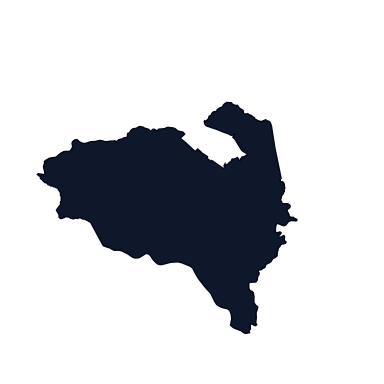 Altos Del Rosario, Bolívar, Colombia, rotated 219°
{"feature_id": "7082276B5966279744772", "entity_name": "Altos Del Rosario", "entity_type": "district", "adm_level": 2, "iso_a3": "COL", "parent_name": "Colombia", "parent_adm1": "Bolívar", "projection": "mercator", "projection_center": [-74.186, 8.744], "detail": "fine", "context": "isolated", "style": "filled", "palette": "ink", "viewbox_px": 384, "rotation_deg": 219, "n_neighbors": 0, "source": "geoboundaries", "source_scale": "gbopen_adm2", "svg_char_len": 6002}
<svg xmlns="http://www.w3.org/2000/svg" viewBox="0 0 384 384"><g transform="rotate(219 192 192)"><path d="M211.3,287.9L212.2,286.8L214.4,286.0L215.9,285.7L217.7,286.1L218.3,285.7L218.7,284.9L219.1,284.9L219.9,284.5L220.3,283.7L221.2,283.6L221.0,282.7L221.9,282.2L221.8,281.5L222.1,281.2L222.3,279.2L222.0,278.4L222.1,276.8L222.4,276.0L223.1,275.4L223.9,272.8L224.3,272.0L223.8,271.2L223.7,270.3L224.5,268.8L225.0,268.7L225.5,268.1L225.9,266.9L226.0,265.2L225.4,264.4L225.4,264.0L226.2,261.8L225.9,260.4L225.1,258.8L225.6,257.8L225.4,257.1L226.0,255.6L226.4,255.3L226.9,255.4L227.0,254.8L225.3,253.2L224.7,252.8L223.3,252.5L222.1,252.6L212.5,256.2L206.2,258.1L199.5,260.4L197.5,260.6L196.8,261.2L195.2,263.7L194.8,260.4L191.5,260.0L181.4,256.3L179.7,255.8L178.7,255.7L174.2,256.3L172.5,256.4L172.5,255.4L173.2,254.0L173.5,252.5L174.0,252.1L174.5,251.1L174.8,251.0L175.2,250.4L174.9,249.7L175.0,248.4L174.5,247.3L174.4,246.5L175.8,246.2L176.6,246.9L177.1,247.1L177.5,246.9L177.9,247.2L178.6,247.2L178.6,246.5L180.0,244.3L180.0,243.6L180.4,243.0L181.0,243.3L181.3,243.1L181.5,242.4L180.8,240.8L181.0,240.5L180.9,240.1L181.6,238.2L181.4,237.0L181.8,236.1L181.6,235.7L182.3,235.2L182.5,234.5L183.0,234.2L183.5,234.2L184.0,234.6L183.9,234.0L183.7,232.7L183.2,232.4L182.2,232.4L181.8,232.1L181.7,231.5L182.0,230.9L182.7,230.0L196.4,228.9L196.5,227.7L201.4,227.6L202.2,229.2L209.6,228.4L209.8,228.7L214.6,228.9L215.0,225.4L215.4,225.4L228.1,226.3L235.0,226.3L234.2,232.4L236.8,232.8L240.4,230.9L241.3,230.6L242.8,230.4L244.2,230.6L246.0,230.3L247.6,229.5L249.4,228.2L251.1,227.3L251.8,226.6L253.2,223.9L257.1,220.1L257.5,219.4L257.3,218.1L257.7,217.4L260.8,217.0L261.7,216.2L262.3,213.3L263.0,213.0L265.0,213.4L267.3,212.6L268.9,211.7L270.5,211.7L272.9,210.5L274.2,209.5L274.7,208.0L275.6,206.1L277.7,203.9L278.2,201.4L277.8,199.4L278.1,198.1L278.8,197.0L277.9,195.4L277.3,195.2L276.7,193.9L279.0,191.2L279.6,189.3L281.9,186.4L282.0,184.6L282.6,183.6L284.4,183.0L285.4,181.8L287.9,179.7L289.1,178.1L292.0,175.9L293.2,175.6L295.0,174.7L296.1,173.9L299.0,170.3L302.5,167.1L304.7,163.5L306.7,161.3L310.8,160.1L314.3,160.3L315.8,158.7L316.3,157.2L316.3,155.4L315.6,154.1L314.1,153.0L312.8,151.5L312.4,147.6L312.8,146.4L316.9,142.9L318.4,139.3L319.3,135.0L319.2,134.1L319.9,133.0L322.6,130.1L324.1,128.3L325.5,124.6L325.8,122.8L324.9,122.1L323.4,118.3L317.7,113.7L317.6,112.5L322.9,109.5L323.2,108.4L321.5,108.3L319.8,108.5L319.2,108.3L318.3,107.2L315.6,107.3L314.9,106.9L313.9,107.0L312.5,106.7L311.9,106.9L311.0,107.7L308.3,107.2L307.6,107.5L307.4,108.1L306.2,107.9L305.3,108.0L304.2,109.0L302.6,109.1L301.6,109.9L300.0,109.9L298.7,110.9L298.4,111.0L297.5,109.7L296.0,109.5L294.3,109.0L293.2,108.0L291.9,106.5L290.3,106.1L289.3,104.3L288.0,103.0L287.9,101.7L286.4,99.7L286.2,99.0L286.0,92.8L284.9,92.1L282.8,91.5L281.1,90.7L280.3,90.0L279.5,88.9L277.8,88.7L277.0,89.1L276.8,89.9L276.3,89.9L276.0,90.2L276.0,91.2L275.2,91.9L274.8,93.5L274.0,94.0L273.4,94.1L272.5,94.9L270.9,95.3L269.6,95.3L268.7,96.0L267.4,96.4L266.3,98.2L266.0,98.9L264.5,99.3L263.1,101.5L262.1,101.9L260.3,102.2L258.4,103.4L254.2,104.3L253.1,104.3L252.0,104.8L227.2,94.5L222.4,96.1L220.9,96.9L216.9,97.4L215.7,97.9L212.2,100.8L209.3,102.2L202.7,103.6L196.8,104.0L195.2,104.7L193.0,106.4L191.7,108.1L189.2,115.1L188.2,116.1L186.1,116.6L184.6,116.5L182.8,116.1L180.7,115.3L178.9,114.9L175.3,114.5L173.7,114.5L171.9,115.1L170.5,116.0L169.3,117.3L164.4,124.0L158.9,129.0L155.3,130.7L146.6,133.3L143.9,133.4L136.2,130.2L131.9,128.7L123.0,126.6L114.6,125.2L114.4,125.6L113.7,125.0L112.6,124.7L105.5,121.3L102.0,120.2L99.7,120.3L97.2,120.9L94.9,121.7L91.0,123.6L89.0,123.8L87.2,123.3L84.3,121.5L81.2,118.4L78.2,112.8L74.8,112.7L73.2,113.0L66.6,115.1L64.0,115.2L62.3,115.4L60.7,116.6L58.9,118.9L60.0,119.6L60.4,120.7L60.3,121.8L60.4,122.2L61.6,123.4L61.8,123.9L63.6,125.7L63.7,126.2L63.2,126.8L62.1,127.0L61.8,127.4L60.2,127.5L58.9,127.8L58.5,128.3L58.2,129.4L58.8,130.0L60.0,130.1L60.5,130.5L60.8,131.4L63.2,135.1L66.1,138.2L68.3,143.6L68.9,144.1L71.4,144.0L74.1,144.9L75.2,145.9L77.8,149.4L80.9,152.2L82.6,152.5L84.9,151.8L86.5,152.4L88.4,154.1L90.5,156.9L90.5,157.6L90.0,158.6L86.4,161.7L85.9,162.3L85.8,162.7L85.9,164.4L86.7,165.9L87.5,166.6L88.1,169.9L88.5,170.8L89.1,171.4L90.5,171.7L90.9,172.4L91.0,173.0L90.8,173.8L89.5,174.9L88.9,176.9L88.9,177.8L88.5,178.0L88.0,178.9L88.0,179.4L88.8,181.6L89.0,182.4L87.1,186.4L86.9,188.0L87.4,190.9L86.9,192.1L86.4,192.8L86.1,194.7L85.8,195.1L85.8,196.2L86.9,197.0L87.1,198.1L88.4,199.2L88.3,200.5L88.7,200.9L89.2,200.9L89.5,201.5L89.4,201.9L89.9,201.8L89.9,202.1L89.5,205.0L90.0,207.1L89.2,208.4L88.6,208.9L87.3,211.0L87.3,211.9L87.7,212.4L89.4,212.3L90.3,212.8L92.0,215.5L92.9,216.0L93.3,215.8L95.0,212.0L95.8,211.7L96.4,211.9L97.0,212.6L96.8,214.4L97.1,215.3L96.9,215.9L97.3,216.5L97.5,216.5L98.6,216.1L100.3,213.6L100.9,213.3L101.7,213.4L103.0,214.5L105.2,217.6L106.2,219.8L106.2,220.6L105.5,221.6L103.4,222.3L101.6,222.7L99.5,223.6L98.7,224.4L98.4,225.7L98.5,229.6L98.0,230.8L96.8,232.5L93.0,235.1L92.7,235.7L93.1,236.5L94.2,236.5L95.9,235.9L97.2,236.1L98.4,235.0L99.6,234.5L100.8,234.1L102.6,235.5L105.8,236.9L107.2,238.1L106.4,240.1L106.4,241.6L106.5,242.2L107.0,242.9L107.8,243.3L108.8,243.3L110.0,243.1L111.2,242.3L113.4,240.4L114.2,240.1L115.3,240.1L117.9,241.4L118.7,242.2L118.7,242.9L119.8,244.7L120.0,245.9L120.1,248.1L120.5,248.9L120.7,250.5L121.0,251.1L122.1,251.6L122.2,253.0L122.5,253.6L123.9,254.6L125.4,256.2L127.2,256.9L128.1,256.8L128.5,256.6L129.1,255.6L129.8,255.6L130.1,255.8L131.4,257.3L131.4,258.7L155.2,278.2L171.9,293.3L174.3,294.8L175.8,295.3L177.2,295.1L178.9,294.4L180.2,294.5L180.6,293.7L180.8,292.9L181.6,292.1L181.4,291.3L181.5,291.0L182.2,290.5L182.9,290.3L184.1,289.2L184.5,289.4L184.9,289.3L186.0,288.3L187.0,288.8L188.3,288.2L189.1,288.2L190.2,289.0L192.0,288.7L193.8,288.8L195.8,288.1L198.0,287.9L198.9,286.7L200.6,285.4L201.7,285.7L203.0,287.0L203.7,287.5L205.2,287.4L207.1,287.0L208.9,287.2L211.3,287.9Z" fill="#0f172a" stroke="#020617" stroke-width="1.5"/></g></svg>